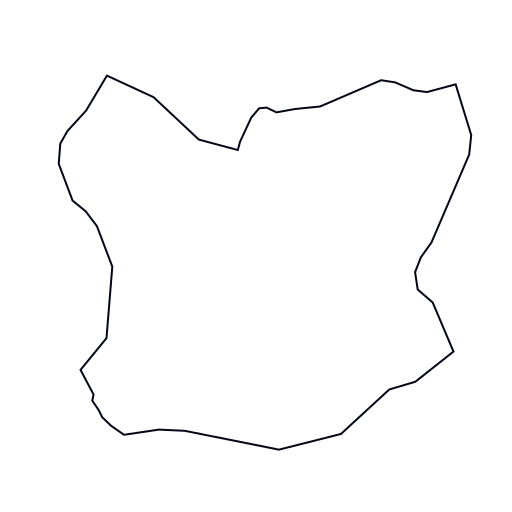 Grosuplje, Natural Earth projection, rotated 276°
{"feature_id": "SVN-950", "entity_name": "Grosuplje", "entity_type": "Municipality", "adm_level": 1, "iso_a3": "SVN", "parent_name": "Slovenia", "parent_adm1": "", "projection": "natural_earth1", "projection_center": [14.681, 45.943], "detail": "fine", "context": "isolated", "style": "outline", "palette": "ink", "viewbox_px": 512, "rotation_deg": 276, "n_neighbors": 0, "source": "natural_earth", "source_scale": "10m", "svg_char_len": 711}
<svg xmlns="http://www.w3.org/2000/svg" viewBox="0 0 512 512"><g transform="rotate(276 256 256)"><path d="M419.8,88.9L403.2,137.6L365.8,187.0L359.5,226.8L368.0,228.2L393.1,236.8L403.2,243.7L404.7,251.0L401.0,261.4L406.2,279.2L411.4,304.1L443.9,362.1L443.2,376.3L437.3,395.1L436.9,408.9L447.6,436.6L398.8,457.4L379.1,457.4L287.8,429.1L271.9,420.1L256.6,415.9L239.6,420.3L228.2,436.6L181.6,462.4L147.6,427.6L137.2,402.5L87.9,359.1L65.8,299.0L74.7,203.3L73.2,177.6L64.4,143.4L72.1,129.5L79.5,120.0L86.5,115.5L95.0,108.3L101.3,108.9L124.4,93.4L158.7,115.9L230.4,114.2L269.0,94.7L282.6,82.0L291.9,67.8L327.0,50.2L347.3,49.6L360.6,55.4L382.8,71.8L419.8,88.9Z" fill="none" stroke="#020617" stroke-width="2"/></g></svg>